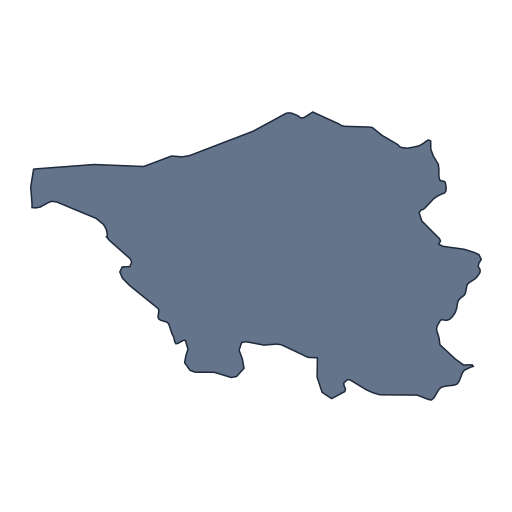 an SVG outline of Saarland
{"feature_id": "DEU-1581", "entity_name": "Saarland", "entity_type": "State", "adm_level": 1, "iso_a3": "DEU", "parent_name": "Germany", "parent_adm1": "", "projection": "natural_earth1", "projection_center": [7.056, 49.367], "detail": "fine", "context": "isolated", "style": "filled", "palette": "slate", "viewbox_px": 512, "rotation_deg": 0, "n_neighbors": 0, "source": "natural_earth", "source_scale": "10m", "svg_char_len": 2507}
<svg xmlns="http://www.w3.org/2000/svg" viewBox="0 0 512 512"><path d="M32.0,207.6L32.0,203.5L30.7,186.9L33.6,169.2L36.9,168.8L94.2,164.5L143.7,166.5L171.5,156.0L181.7,156.8L183.3,156.7L189.8,155.5L253.1,131.2L286.1,113.3L288.5,112.9L291.4,113.1L297.1,115.3L301.0,118.0L304.2,117.5L312.8,112.0L339.2,124.1L341.3,125.5L344.3,126.3L370.4,127.1L372.6,127.7L381.9,135.3L397.8,144.6L399.1,146.1L400.2,147.1L402.9,147.7L407.5,148.2L415.5,146.7L419.5,145.6L423.3,143.4L425.8,141.4L428.3,140.0L429.6,140.4L430.7,141.0L430.8,149.2L433.4,156.2L438.3,164.2L438.9,169.2L438.9,176.5L439.5,179.2L440.4,180.7L442.1,180.9L443.9,181.3L444.7,181.7L445.3,182.8L445.7,184.6L446.2,188.4L445.9,191.1L444.6,192.9L440.2,194.7L436.9,196.5L433.3,199.1L425.0,208.0L422.8,209.6L421.2,209.9L419.1,212.6L421.8,220.9L432.1,231.3L439.5,238.7L440.5,241.1L440.1,241.5L440.0,242.0L439.5,242.6L438.6,244.1L442.8,246.3L464.3,249.3L474.7,252.6L478.9,254.6L481.3,259.5L478.8,263.3L478.6,264.5L478.2,266.4L479.7,268.8L480.2,270.7L479.9,272.6L477.8,275.9L476.2,277.8L474.4,279.3L469.5,282.4L467.5,284.2L466.8,285.9L465.7,291.9L465.0,294.1L463.7,295.7L460.8,297.8L459.6,299.0L458.4,300.5L457.8,302.2L457.3,304.3L456.7,308.3L455.3,312.5L452.4,316.6L451.3,317.8L450.4,318.7L449.6,319.2L448.7,319.7L447.5,320.1L445.6,320.3L444.9,320.2L444.5,320.1L444.1,320.0L443.4,319.9L442.4,319.8L440.9,320.0L440.6,320.2L439.9,321.2L437.3,325.7L436.6,328.2L436.8,330.9L438.3,335.3L439.1,338.4L439.8,343.8L440.1,344.9L455.4,359.1L463.6,365.0L472.2,364.8L473.1,366.1L473.3,366.4L471.5,366.8L464.4,370.2L462.4,372.9L459.3,380.9L457.1,384.0L453.9,385.2L445.0,386.2L441.2,387.3L438.5,390.0L434.0,397.8L431.4,400.0L428.7,399.6L417.2,395.1L380.0,394.8L373.3,392.9L366.5,389.9L350.0,379.9L347.7,379.6L343.8,382.9L344.1,385.9L345.5,388.8L344.8,391.6L331.6,398.6L322.1,392.3L317.1,377.2L317.4,357.8L308.1,357.4L281.2,344.7L276.4,344.1L263.9,345.1L245.9,341.7L241.6,342.6L239.1,350.2L242.4,359.1L244.0,368.2L236.6,376.5L231.1,377.5L214.3,372.3L195.1,372.2L190.1,370.4L184.6,362.7L185.8,356.0L188.0,349.0L185.3,340.3L183.5,340.3L177.7,343.5L175.8,343.7L174.7,341.7L173.8,337.4L173.3,336.2L172.0,333.9L168.6,323.7L166.8,322.1L160.8,320.3L158.5,318.8L158.0,316.6L158.9,311.0L158.3,308.7L129.7,285.6L122.5,278.3L119.8,272.0L122.2,266.9L129.8,266.6L131.7,262.2L130.3,258.9L109.4,240.4L106.4,236.8L107.3,236.5L107.2,233.5L106.1,228.9L103.4,224.4L96.1,218.4L56.7,202.0L51.9,201.3L48.4,202.5L40.2,207.1L35.6,207.9L32.0,207.6Z" fill="#64748b" stroke="#1e293b" stroke-width="1.5"/></svg>